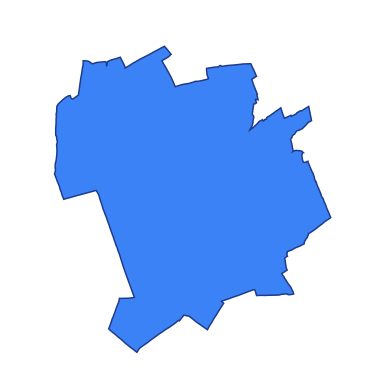 Ivesti, Vaslui, Romania, rotated 80°
{"feature_id": "2599482B87899807765527", "entity_name": "Ivesti", "entity_type": "district", "adm_level": 2, "iso_a3": "ROU", "parent_name": "Romania", "parent_adm1": "Vaslui", "projection": "robinson", "projection_center": [27.546, 46.204], "detail": "fine", "context": "isolated", "style": "filled", "palette": "blue", "viewbox_px": 384, "rotation_deg": 80, "n_neighbors": 0, "source": "geoboundaries", "source_scale": "gbopen_adm2", "svg_char_len": 5882}
<svg xmlns="http://www.w3.org/2000/svg" viewBox="0 0 384 384"><g transform="rotate(80 192 192)"><path d="M312.3,297.8L312.6,297.6L315.2,295.6L319.8,291.6L322.1,289.8L324.9,287.3L326.0,286.5L326.4,286.1L328.6,284.5L333.5,280.3L335.0,278.8L339.1,275.2L340.3,274.1L340.1,273.8L337.5,271.6L337.0,271.0L335.9,269.2L332.3,261.4L331.1,259.3L325.8,248.4L324.9,246.2L323.0,242.2L322.1,240.0L321.4,238.1L319.6,234.3L317.9,230.8L316.2,227.9L316.1,227.5L316.1,227.3L316.7,227.0L316.2,226.2L311.8,221.4L313.2,218.2L313.7,216.6L316.2,214.2L321.1,210.0L327.2,203.8L328.3,202.7L329.6,201.4L330.3,200.7L329.5,200.1L327.3,198.4L324.4,195.7L320.0,192.0L317.5,189.6L315.5,187.9L312.9,185.5L308.7,181.7L307.0,180.1L304.8,182.0L304.3,179.7L304.1,178.0L303.5,174.2L302.7,169.9L301.9,164.5L299.7,152.9L299.1,149.2L299.0,147.7L299.1,147.3L299.2,147.2L299.6,147.0L305.2,146.4L305.5,143.7L306.7,137.1L306.9,135.2L307.4,132.0L308.5,124.8L308.6,123.2L308.3,122.4L308.3,121.6L308.8,116.1L309.1,116.0L309.9,115.0L310.2,111.8L310.1,109.6L308.5,109.7L307.6,109.9L306.5,110.3L304.0,110.9L302.6,111.4L301.3,112.0L299.3,113.1L294.6,115.0L293.7,115.5L292.8,115.8L291.8,116.0L289.4,117.3L288.1,117.7L287.9,117.7L285.8,112.7L285.4,111.8L283.7,112.3L282.9,112.4L278.7,112.3L277.3,112.2L276.5,112.1L274.9,112.2L273.8,112.2L273.3,112.0L272.8,111.7L271.8,109.1L269.4,109.6L268.9,108.9L267.3,108.7L267.2,108.1L266.4,103.9L265.3,101.1L264.6,98.3L263.8,94.3L263.3,93.4L262.7,90.9L262.3,90.4L261.4,90.3L260.8,90.1L260.3,89.7L259.0,88.5L258.5,88.3L257.8,87.4L256.3,86.0L255.8,85.9L255.1,85.5L254.6,84.9L254.1,84.7L253.4,84.8L252.7,83.0L251.6,80.4L249.9,76.8L248.1,73.5L246.2,69.7L244.1,66.2L242.7,62.7L241.9,61.2L241.8,60.6L241.2,59.8L230.5,62.3L228.1,62.6L227.3,62.9L225.9,63.1L224.2,63.7L222.6,63.8L221.3,64.0L219.3,65.0L218.6,65.2L217.1,65.3L215.8,65.6L215.3,65.7L215.0,65.6L214.3,65.9L213.2,66.1L212.2,66.4L211.7,66.5L210.9,66.6L210.0,66.8L209.6,67.1L208.0,67.3L207.0,67.6L205.6,67.8L204.2,67.8L203.5,68.0L203.4,68.6L202.2,68.5L201.2,68.9L200.6,69.1L200.0,69.1L199.4,68.9L198.6,69.0L195.1,69.5L193.6,69.9L193.0,70.2L184.5,72.2L182.9,72.5L182.3,72.6L181.9,72.5L182.0,73.7L182.4,74.3L182.3,76.4L182.0,77.2L178.8,77.6L175.9,77.6L175.2,77.5L173.5,76.7L172.4,76.3L172.5,75.6L171.0,76.7L170.6,77.2L170.1,78.6L169.1,82.3L169.1,83.3L169.1,84.1L169.5,85.3L169.7,85.7L169.2,85.4L168.8,85.3L168.2,85.3L161.2,85.4L157.6,85.8L156.9,85.5L156.6,85.1L155.6,84.1L154.4,83.6L153.5,82.7L152.8,80.9L151.5,79.8L150.3,78.5L149.8,77.4L149.8,76.0L148.9,72.7L148.4,71.8L147.6,70.7L146.9,69.6L146.3,68.7L144.6,66.6L144.2,65.9L143.6,65.7L143.3,65.1L143.4,64.4L142.5,61.9L128.0,62.2L131.1,70.0L130.9,71.6L132.3,75.1L132.9,75.4L134.0,78.5L134.6,80.9L133.7,81.1L135.4,88.2L130.3,89.2L124.5,89.9L125.6,92.1L126.8,94.9L129.2,99.6L129.5,100.4L130.5,102.4L131.2,104.5L131.7,105.4L132.2,105.7L133.2,106.0L133.1,106.9L133.3,107.9L134.3,108.8L134.4,109.4L134.3,109.7L133.0,110.0L133.7,112.0L134.1,113.6L135.9,115.6L136.8,116.9L137.9,118.8L138.6,119.6L139.1,120.4L140.0,122.5L141.1,124.4L140.4,124.0L139.8,123.4L139.5,122.9L138.9,122.6L137.8,121.6L134.3,119.9L131.6,119.3L129.4,118.2L128.4,118.1L127.9,118.2L125.8,119.1L116.1,116.0L116.1,114.7L115.4,113.0L112.0,113.5L112.1,112.4L112.7,110.9L107.6,111.2L107.4,110.8L107.0,110.7L98.4,112.5L91.5,113.6L91.1,112.7L89.2,108.4L82.5,110.0L80.3,110.7L76.1,111.7L75.8,112.0L75.6,112.8L75.6,114.0L75.3,115.8L74.8,119.4L74.3,127.7L73.6,134.8L73.5,140.5L73.4,140.8L73.1,141.3L72.6,141.6L72.4,141.9L72.3,142.2L72.4,142.7L72.6,143.2L72.9,143.6L73.2,144.1L73.3,144.7L72.9,148.6L72.8,156.2L74.5,156.5L79.2,156.8L80.3,156.7L81.4,156.4L83.2,156.1L83.6,157.4L84.1,165.1L84.0,165.6L83.9,167.1L83.9,168.3L83.6,169.1L83.6,169.8L83.9,170.5L84.0,171.3L84.2,173.6L84.5,175.8L84.6,176.7L84.5,177.3L84.4,182.3L84.9,186.6L85.2,188.8L85.5,190.2L76.6,192.3L68.8,194.8L57.5,198.9L55.4,193.1L54.7,191.5L53.6,189.9L52.9,189.1L52.8,188.7L46.0,192.4L44.6,193.4L43.7,193.8L44.5,196.2L44.9,197.8L45.2,198.5L45.5,199.3L47.0,203.9L47.1,204.2L47.5,205.7L48.4,207.8L48.7,209.2L49.3,210.6L49.7,212.0L51.0,216.2L51.2,217.1L51.7,218.6L51.9,219.5L52.5,221.2L52.9,221.8L53.0,222.3L53.3,223.5L54.2,225.4L54.4,226.6L54.7,227.2L55.8,229.9L56.5,231.3L58.2,236.1L58.3,236.4L57.7,236.3L55.9,236.5L52.9,237.4L46.8,239.2L47.5,244.0L47.9,248.3L48.5,251.2L48.9,252.3L49.4,252.8L52.3,253.7L52.8,254.2L52.6,254.3L50.2,253.9L49.6,253.9L49.0,254.1L48.6,254.7L47.9,263.3L48.0,264.1L48.1,264.8L48.3,266.2L48.4,267.4L48.4,267.8L48.1,268.4L46.1,270.2L45.3,271.3L44.7,272.7L43.8,276.4L46.7,276.9L49.3,277.6L49.5,277.9L57.0,280.4L60.4,281.7L75.8,286.7L76.7,286.9L77.7,288.8L79.0,291.6L79.6,292.7L79.7,293.0L79.5,293.9L78.5,294.8L75.8,295.3L75.9,297.0L76.6,299.3L78.2,302.4L80.4,305.9L82.1,308.4L84.1,310.2L91.3,311.8L91.2,312.1L92.4,312.3L93.0,312.5L94.2,312.4L94.5,312.5L94.9,312.8L101.4,314.1L105.9,315.2L111.2,316.2L112.9,316.3L113.1,316.0L113.7,315.8L115.3,315.9L116.9,316.1L117.4,316.0L118.0,315.7L120.7,316.4L121.3,317.0L123.2,317.3L126.1,317.5L126.9,317.7L129.0,318.0L135.0,319.6L138.0,320.6L139.6,321.4L141.1,321.9L142.8,322.3L144.2,322.5L146.4,322.6L147.1,322.8L149.4,323.7L149.7,324.0L150.1,324.2L150.5,324.2L151.5,324.0L154.1,323.6L154.8,323.3L157.3,323.0L162.9,321.7L163.9,321.6L166.1,321.5L169.2,320.8L172.9,320.4L175.2,319.9L176.9,319.6L175.3,303.1L173.8,286.1L178.7,284.3L182.9,283.9L184.1,283.8L185.1,283.6L189.3,282.9L193.1,282.6L196.2,281.9L199.1,281.4L200.7,281.0L203.5,280.5L204.5,280.4L211.4,279.2L212.1,279.2L215.4,278.6L219.7,277.9L222.8,277.3L226.6,276.8L228.3,276.3L229.0,276.4L230.9,276.1L233.9,275.4L236.0,275.2L240.7,274.3L253.0,272.7L258.7,271.8L272.0,269.5L279.4,268.2L285.7,267.1L285.9,269.1L285.7,270.6L285.7,272.1L284.4,280.7L284.1,281.9L284.4,282.1L285.2,282.3L285.9,282.5L287.9,283.5L289.4,284.5L293.5,286.9L295.0,287.8L296.2,288.4L301.0,291.2L303.6,292.9L308.5,295.5L312.3,297.8Z" fill="#3b82f6" stroke="#1e3a8a" stroke-width="1.5"/></g></svg>